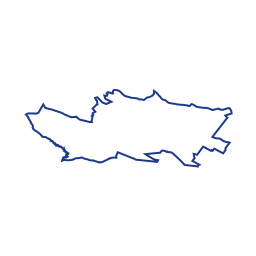 Jērcēnu pag., Strencu, Latvia, rotated 20°
{"feature_id": "27541924B36272481510247", "entity_name": "Jērcēnu pag.", "entity_type": "district", "adm_level": 2, "iso_a3": "LVA", "parent_name": "Latvia", "parent_adm1": "Strencu", "projection": "natural_earth1", "projection_center": [25.654, 57.674], "detail": "fine", "context": "isolated", "style": "outline", "palette": "blue", "viewbox_px": 256, "rotation_deg": 20, "n_neighbors": 0, "source": "geoboundaries", "source_scale": "gbopen_adm2", "svg_char_len": 5191}
<svg xmlns="http://www.w3.org/2000/svg" viewBox="0 0 256 256"><g transform="rotate(20 128 128)"><path d="M139.7,84.3L140.7,87.0L140.7,87.5L140.0,88.6L139.5,89.7L137.8,91.4L136.7,92.2L135.6,92.8L133.3,96.3L130.9,96.5L128.6,97.4L126.7,97.0L120.5,98.5L119.4,98.6L119.0,98.5L114.3,99.0L113.1,98.6L110.4,97.6L109.3,97.1L108.2,96.4L107.6,96.4L105.8,96.1L103.7,96.4L102.3,96.8L102.0,97.0L101.5,97.5L101.4,97.8L101.3,99.7L101.7,100.0L101.9,100.1L102.1,100.3L102.1,100.5L101.9,100.9L101.1,101.0L97.5,101.0L97.0,101.2L96.9,101.3L96.6,101.6L96.3,102.1L96.1,102.7L97.2,103.1L97.2,105.0L94.7,105.6L96.9,108.4L98.6,108.5L103.4,109.1L101.3,111.0L99.4,112.9L96.3,112.8L95.3,112.7L95.0,112.7L88.8,109.6L86.8,110.9L87.4,111.8L88.1,112.4L89.4,112.8L91.1,116.1L90.9,116.1L88.9,120.1L88.5,121.0L88.1,121.8L91.7,123.9L89.8,126.0L90.1,127.0L90.1,127.7L90.8,127.8L90.0,129.3L90.8,129.5L91.6,134.3L91.2,134.6L91.7,134.9L90.0,135.5L79.5,136.6L75.8,135.2L75.8,135.3L73.5,136.1L71.3,137.2L67.0,137.2L65.6,137.0L63.6,137.0L60.5,136.4L52.4,136.7L50.6,136.7L49.6,136.7L49.0,136.9L43.4,137.4L40.3,134.8L39.8,137.7L39.6,138.6L39.1,141.5L39.0,142.5L38.6,144.2L37.3,145.6L29.2,148.5L28.8,148.7L27.5,150.3L30.8,152.1L30.7,152.5L31.5,153.3L33.2,154.5L35.0,156.0L35.0,156.4L35.4,156.7L36.1,157.2L36.9,157.5L38.2,159.1L38.2,160.2L38.7,160.7L39.5,161.4L42.0,162.3L43.7,162.5L45.7,163.2L47.5,163.7L48.5,164.4L49.4,164.6L49.9,165.3L51.0,165.4L53.9,164.7L56.8,165.3L57.2,165.1L57.9,165.4L58.2,165.2L58.4,165.3L58.6,165.5L59.1,165.4L59.6,165.8L59.9,165.9L60.2,166.1L60.3,166.3L60.2,166.5L60.3,166.5L60.6,166.4L61.0,166.3L61.3,166.4L61.4,166.2L61.5,166.2L61.9,166.3L61.9,166.5L62.1,166.6L62.2,166.9L62.4,166.9L62.6,167.1L62.9,167.1L62.9,167.3L63.2,167.3L63.2,167.5L63.6,167.6L64.0,167.6L63.9,167.7L64.0,167.8L64.2,167.7L64.4,167.9L64.5,167.7L64.7,168.0L64.8,168.1L65.0,168.4L65.5,168.3L65.6,168.5L66.0,168.5L65.9,168.4L66.0,168.3L65.9,168.2L66.1,168.2L66.3,168.3L66.4,168.5L66.6,168.4L66.9,168.4L67.1,168.3L67.1,168.5L67.2,168.4L67.4,168.5L67.2,168.5L67.4,168.7L67.6,168.5L67.8,168.5L67.9,168.3L68.3,168.3L68.4,168.1L68.6,168.2L68.8,168.6L68.9,168.9L69.1,168.9L69.3,168.9L69.7,169.1L69.8,169.1L69.9,168.9L70.2,168.6L70.5,168.4L70.9,168.4L71.0,168.4L71.4,168.7L71.7,168.6L71.9,169.1L72.2,169.1L72.6,169.0L72.8,169.1L73.2,169.1L73.4,169.0L73.5,169.1L73.6,169.3L73.9,169.3L74.0,169.5L73.9,169.5L74.0,169.8L74.3,170.0L74.5,170.0L75.0,170.1L75.5,170.0L75.5,169.9L75.7,170.2L75.8,170.4L76.4,170.6L76.4,170.9L76.4,171.0L76.3,171.4L76.2,171.4L76.1,171.5L77.0,171.7L77.8,172.0L78.1,171.8L78.2,172.0L78.3,171.9L78.5,171.9L78.8,172.0L79.3,172.1L79.5,171.9L79.8,172.1L79.7,172.3L80.0,172.3L79.9,172.4L79.5,172.5L79.9,172.8L79.6,172.9L79.6,173.0L79.8,173.3L79.7,173.4L79.8,173.5L80.2,173.5L80.4,173.6L80.3,173.8L79.9,173.8L79.4,174.3L79.6,174.5L79.3,174.7L79.4,174.8L80.4,175.5L80.7,175.6L80.5,175.8L80.3,175.8L80.2,175.7L79.9,175.9L79.9,176.2L79.7,176.4L79.7,176.5L79.9,176.6L80.3,176.6L80.0,177.0L79.8,177.0L79.6,176.8L79.0,176.6L78.8,176.6L78.7,176.6L78.6,176.8L78.7,177.1L78.6,177.3L78.1,177.4L77.8,177.6L77.4,177.6L77.2,177.9L77.2,178.0L77.5,178.1L77.4,178.3L77.8,178.4L77.7,178.6L77.7,178.8L77.9,179.2L77.7,179.4L77.5,179.8L77.2,180.2L77.2,180.4L77.3,180.4L77.2,180.9L77.3,181.3L78.4,180.3L79.2,179.7L82.3,179.0L84.3,178.1L86.3,177.1L87.1,176.5L88.4,175.1L88.9,174.7L90.1,173.9L92.8,172.8L93.7,171.9L94.8,171.5L95.7,171.6L97.6,171.7L98.0,171.6L101.2,171.3L103.0,171.3L103.8,171.2L104.7,171.0L106.6,170.3L107.1,170.3L108.0,170.4L108.9,170.4L110.7,170.2L111.4,170.2L112.1,170.4L112.3,170.1L112.8,169.8L113.6,169.7L113.7,169.8L115.0,169.1L115.8,168.5L120.5,163.6L120.5,163.4L121.0,162.9L121.2,163.0L121.7,162.5L122.9,161.6L123.9,161.0L125.4,160.4L127.2,159.9L126.4,158.2L126.7,154.3L143.0,154.8L143.3,154.6L143.6,154.7L146.0,155.0L146.3,155.1L149.2,154.3L166.8,149.9L166.8,149.7L166.7,149.7L166.9,149.5L167.2,149.0L167.3,148.8L167.3,148.4L167.3,148.0L165.0,148.4L163.0,148.6L155.4,147.1L153.3,146.6L166.7,140.2L167.4,137.9L168.6,137.2L172.4,136.8L172.5,137.2L176.4,136.3L177.6,136.1L183.1,138.3L186.4,139.7L193.1,142.9L193.7,143.4L205.1,140.6L206.8,140.3L206.6,139.6L206.7,138.9L207.6,138.1L199.8,136.9L200.9,133.5L200.4,133.0L198.6,129.9L202.1,129.5L205.0,119.8L213.8,121.1L214.1,120.2L215.3,120.5L216.2,117.9L226.1,119.3L227.2,115.5L226.5,113.7L228.5,107.1L227.4,107.1L224.4,107.6L222.3,107.6L221.9,107.6L221.5,107.4L220.4,107.3L219.5,106.8L217.6,106.6L217.3,106.7L215.7,107.1L214.9,107.4L213.7,107.6L212.1,107.7L210.4,107.5L217.8,84.4L217.7,84.4L215.2,83.0L220.4,78.9L219.2,76.7L216.9,74.7L216.0,74.8L215.8,75.0L215.5,75.2L214.6,75.6L212.8,77.0L212.2,77.4L212.0,77.7L210.8,78.5L207.8,79.2L207.5,79.2L207.2,78.9L206.7,78.8L206.2,78.9L201.3,82.2L197.8,82.0L194.8,82.2L193.3,82.9L192.0,83.2L185.8,84.6L181.0,83.7L180.6,83.7L179.6,83.8L179.3,84.1L178.8,85.4L178.5,86.0L178.4,86.3L178.1,86.5L176.5,86.5L176.1,86.5L175.8,86.6L175.2,86.7L171.5,87.5L169.3,88.2L165.6,89.1L163.6,89.3L161.8,89.8L159.0,90.2L157.6,90.4L157.3,90.4L155.9,90.0L154.6,89.5L154.2,89.3L153.5,89.1L152.2,89.2L150.9,89.3L150.6,89.3L150.3,89.2L149.3,88.8L148.3,88.1L146.6,87.2L145.7,86.9L143.4,85.4L140.9,84.6L139.7,84.3Z" fill="none" stroke="#1e3a8a" stroke-width="2"/></g></svg>